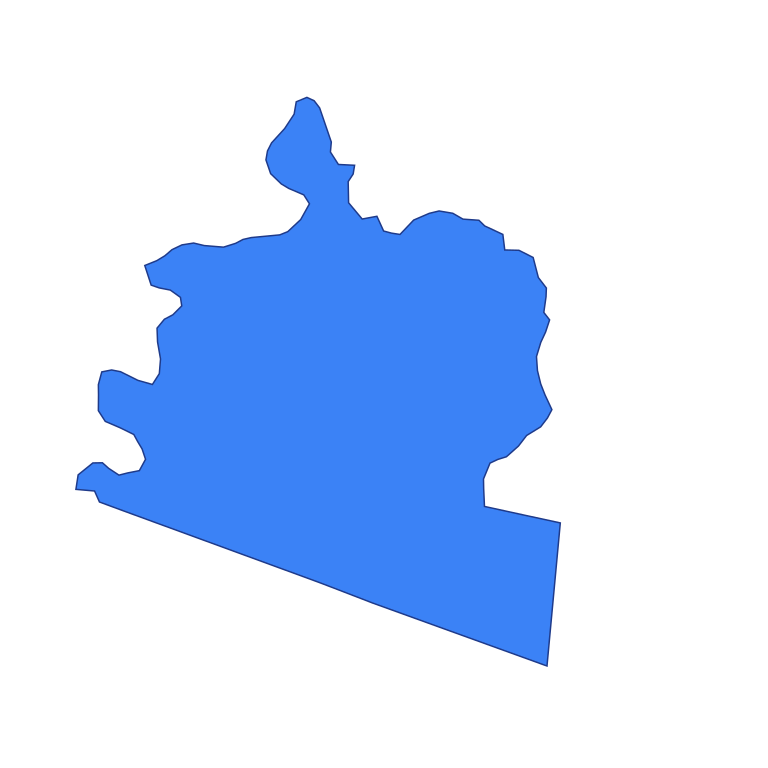 outline of Santarém Novo, Pará, Brazil, rotated 25°
{"feature_id": "56859067B39326540925346", "entity_name": "Santarém Novo", "entity_type": "district", "adm_level": 2, "iso_a3": "BRA", "parent_name": "Brazil", "parent_adm1": "Pará", "projection": "robinson", "projection_center": [-47.361, -0.902], "detail": "fine", "context": "isolated", "style": "filled", "palette": "blue", "viewbox_px": 768, "rotation_deg": 25, "n_neighbors": 0, "source": "geoboundaries", "source_scale": "gbopen_adm2", "svg_char_len": 1562}
<svg xmlns="http://www.w3.org/2000/svg" viewBox="0 0 768 768"><g transform="rotate(25 384 384)"><path d="M176.0,611.2L202.6,609.0L408.8,591.3L421.3,590.4L466.5,587.3L650.9,570.7L602.5,435.4L564.6,444.0L526.8,452.5L518.6,436.8L514.3,428.0L513.5,410.9L519.0,404.3L525.7,398.2L532.1,383.4L535.0,370.4L544.1,356.6L546.5,345.7L547.0,336.3L534.5,325.8L526.0,317.7L517.4,307.0L510.6,294.7L508.5,280.0L508.5,268.7L507.0,255.9L498.6,251.6L494.0,236.5L490.6,228.4L478.9,222.3L465.7,206.3L449.8,205.8L436.8,211.5L428.5,198.2L408.5,198.2L400.8,195.5L385.9,201.2L374.2,200.2L360.8,203.9L352.9,210.2L341.6,222.9L335.3,241.7L327.0,244.1L319.0,245.5L306.7,235.0L294.5,243.7L275.3,234.7L266.0,215.7L267.3,206.7L264.9,198.2L249.9,204.3L237.4,196.4L234.0,187.0L209.0,161.0L201.0,156.8L193.0,156.8L185.2,165.3L188.5,177.4L186.0,194.5L180.2,213.0L179.9,222.0L182.3,230.8L192.4,241.3L206.4,246.1L215.1,247.0L231.4,246.5L240.3,252.2L239.0,270.2L232.4,286.6L226.5,292.9L201.8,307.4L195.1,312.6L190.1,319.2L180.7,327.8L162.6,334.5L151.9,336.7L142.1,343.3L135.1,351.8L131.2,360.4L125.9,368.3L117.1,377.7L131.2,392.8L139.7,391.9L150.6,389.2L162.9,391.5L167.7,398.7L163.4,410.5L157.6,418.1L154.7,429.3L161.0,441.6L170.9,455.8L176.0,469.6L174.3,482.3L159.4,484.7L140.0,484.2L131.2,486.4L123.1,492.3L125.4,505.3L129.8,514.4L136.4,528.9L147.2,535.7L163.1,535.2L178.6,535.5L185.1,540.3L192.2,545.1L199.7,553.0L198.9,565.9L189.3,572.9L182.3,578.6L170.1,576.8L162.1,574.4L153.5,578.6L145.2,595.6L149.3,609.7L166.9,603.3L176.0,611.2Z" fill="#3b82f6" stroke="#1e3a8a" stroke-width="1.5"/></g></svg>